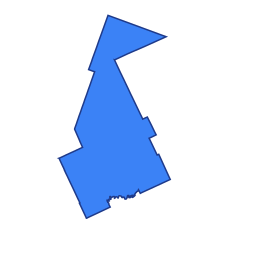 Libertad, Chaco, Argentina, rotated 110°
{"feature_id": "61730980B99039131308999", "entity_name": "Libertad", "entity_type": "district", "adm_level": 2, "iso_a3": "ARG", "parent_name": "Argentina", "parent_adm1": "Chaco", "projection": "orthographic", "projection_center": [-59.148, -27.313], "detail": "fine", "context": "isolated", "style": "filled", "palette": "blue", "viewbox_px": 256, "rotation_deg": 110, "n_neighbors": 0, "source": "geoboundaries", "source_scale": "gbopen_adm2", "svg_char_len": 4860}
<svg xmlns="http://www.w3.org/2000/svg" viewBox="0 0 256 256"><g transform="rotate(110 128 128)"><path d="M86.6,185.0L86.6,184.9L86.6,184.7L86.6,184.3L86.6,184.0L86.6,183.8L86.6,183.3L86.6,182.6L86.6,181.4L86.6,180.2L86.5,178.8L86.5,178.6L93.9,178.5L101.2,178.4L105.7,178.4L110.1,178.3L113.0,178.3L116.0,178.3L119.0,178.2L122.1,178.2L122.7,178.2L124.0,178.2L124.9,178.2L128.6,178.1L130.8,178.1L133.9,178.1L136.8,178.0L138.4,178.0L141.3,177.9L145.9,177.9L146.6,177.9L147.3,177.8L148.1,177.1L148.9,176.3L155.3,170.2L157.5,168.2L161.7,164.1L161.9,164.3L162.4,164.7L163.2,165.6L164.1,166.4L164.1,166.5L165.3,167.6L166.3,168.7L167.5,169.8L168.6,171.0L168.9,171.2L169.8,172.2L170.9,173.3L172.0,174.4L173.1,175.5L173.6,176.0L174.2,176.7L175.5,177.9L176.1,178.5L177.2,179.6L177.8,180.2L178.4,180.8L179.6,182.0L180.0,182.5L180.0,182.4L181.2,181.3L182.4,180.1L182.5,180.0L183.5,179.0L184.6,177.9L185.8,176.7L187.0,175.5L187.0,175.4L187.6,174.8L188.0,174.5L188.2,174.3L188.8,173.7L189.4,173.1L189.5,173.2L191.7,171.0L194.0,168.6L197.5,165.1L199.2,163.4L202.5,160.0L207.7,154.8L208.0,154.5L208.1,154.4L210.2,152.3L211.6,150.9L212.5,150.0L212.6,149.9L213.6,148.8L214.8,147.6L215.1,147.9L215.2,148.0L215.4,147.9L216.1,147.1L216.5,146.7L217.6,145.6L217.8,145.4L218.5,144.7L218.8,144.4L219.0,144.2L219.9,143.3L220.0,143.2L220.5,142.7L222.3,140.9L222.5,140.7L222.8,140.4L223.3,139.9L223.5,139.7L224.1,139.1L224.6,138.6L224.9,138.3L225.2,138.0L225.9,137.3L226.2,137.0L226.5,136.7L226.8,136.4L227.0,136.3L227.0,136.2L226.9,136.0L226.8,135.9L226.7,135.9L226.6,135.7L226.3,135.4L226.0,135.2L219.0,128.2L217.8,127.0L208.4,117.7L206.4,119.8L205.9,120.0L205.7,120.1L205.3,120.3L205.1,120.6L204.9,120.9L204.8,121.2L204.8,121.6L204.6,121.7L204.4,121.8L204.0,122.0L203.9,122.1L203.9,122.4L203.7,122.6L203.5,122.8L203.2,122.9L202.9,122.9L203.0,122.6L203.1,121.8L203.1,121.6L203.1,121.3L203.2,121.0L203.1,120.7L202.9,120.6L202.7,120.9L202.5,121.2L202.2,121.4L202.1,121.6L201.8,121.7L201.6,121.6L201.3,121.3L201.2,121.2L201.0,120.9L200.9,120.7L201.1,120.3L201.0,120.0L200.8,119.8L200.6,120.0L200.3,119.9L200.0,120.0L200.0,120.3L199.9,120.6L199.9,120.8L199.7,121.1L199.4,121.4L199.1,121.4L198.8,121.5L198.6,121.6L198.4,121.4L198.5,121.1L198.5,120.9L198.7,120.6L198.7,120.4L198.9,120.2L199.0,120.0L199.0,119.7L198.7,119.4L198.2,119.1L197.7,118.8L197.5,118.6L197.4,118.2L197.1,117.5L197.3,117.3L197.8,117.2L198.4,116.8L198.6,116.7L198.2,116.3L197.9,116.1L197.4,116.1L197.1,116.2L196.9,116.0L196.6,115.6L196.6,115.1L196.6,114.7L196.7,114.4L196.8,114.0L197.0,113.9L197.1,113.7L197.2,113.4L196.8,113.2L196.4,113.3L196.1,113.4L195.5,113.4L195.2,113.4L194.8,113.1L194.6,112.9L194.5,112.4L194.4,111.7L194.4,111.1L194.5,110.8L194.7,110.5L195.0,110.5L195.2,110.2L195.4,109.7L195.2,109.6L195.0,109.4L194.7,109.1L194.6,108.6L194.4,108.4L194.4,107.8L194.6,107.6L194.9,107.5L195.1,107.4L195.5,107.0L195.8,106.7L195.7,106.4L195.7,106.0L195.6,105.7L195.3,105.4L195.1,105.3L194.6,105.1L194.3,105.2L193.9,105.1L193.6,105.1L193.4,105.0L193.2,104.9L192.9,104.9L192.7,105.2L192.4,105.2L192.2,105.3L191.9,105.2L191.6,105.2L191.3,104.6L191.2,104.3L191.4,104.2L191.6,104.1L192.1,103.8L192.3,103.8L192.8,103.6L193.1,103.2L193.0,102.9L192.9,102.6L192.8,102.3L192.6,102.1L192.4,102.0L192.0,102.5L191.7,102.7L191.5,102.8L191.3,102.7L191.2,102.5L190.9,102.4L190.7,101.9L190.7,101.6L190.9,101.4L191.1,101.1L191.2,100.9L191.4,101.0L191.6,100.8L191.6,100.6L191.6,100.4L191.7,100.2L191.6,99.9L191.2,99.6L190.9,99.4L191.0,99.7L191.0,100.0L190.8,100.2L190.7,100.4L190.3,100.2L190.3,100.5L190.2,100.8L190.2,101.0L190.2,101.5L189.9,101.3L189.8,101.1L189.7,100.9L189.7,100.6L189.6,100.4L189.5,100.1L189.6,99.9L189.7,99.7L189.7,99.3L189.0,98.6L188.9,98.9L188.0,99.1L187.3,98.8L187.5,98.7L187.2,98.6L186.8,98.7L186.5,98.7L186.2,98.6L185.9,98.4L185.7,98.2L185.3,98.1L185.0,98.1L184.8,98.0L184.7,97.8L184.5,97.7L184.3,97.6L184.2,97.4L184.1,97.2L183.9,97.1L183.6,97.0L183.4,97.0L183.1,97.0L182.7,97.1L182.4,97.1L182.7,96.7L183.3,96.1L185.2,94.1L183.9,92.9L164.1,72.9L161.9,70.7L159.3,73.3L144.0,88.3L142.2,90.1L143.2,91.1L143.4,91.4L143.1,91.7L131.5,103.5L130.8,104.3L130.4,104.7L128.9,103.1L124.8,99.2L122.5,101.7L117.9,106.4L111.1,113.6L113.4,116.0L114.6,117.2L112.5,119.3L111.0,120.9L97.0,135.2L95.4,136.9L94.1,138.2L93.7,138.6L93.2,139.1L90.9,141.4L85.9,146.5L83.8,148.6L83.7,148.7L81.8,150.7L81.0,151.5L78.4,154.2L77.5,155.1L77.2,155.4L73.5,159.1L72.0,160.6L68.7,163.9L68.6,164.0L68.6,163.9L65.4,160.7L63.1,158.4L58.5,153.8L57.6,152.9L57.4,152.6L55.8,151.0L45.9,140.5L29.2,123.4L29.0,184.7L29.0,185.3L48.8,185.2L55.9,185.2L56.1,185.2L63.0,185.1L70.6,185.1L72.1,185.1L75.4,185.1L77.3,185.0L78.3,185.0L79.3,185.0L80.1,185.0L81.0,185.0L81.9,185.0L82.4,185.0L82.9,185.0L83.5,185.0L84.0,185.0L84.7,185.0L85.3,185.0L85.6,185.0L85.9,185.0L86.3,185.0L86.6,185.0L86.6,185.0Z" fill="#3b82f6" stroke="#1e3a8a" stroke-width="1.5"/></g></svg>